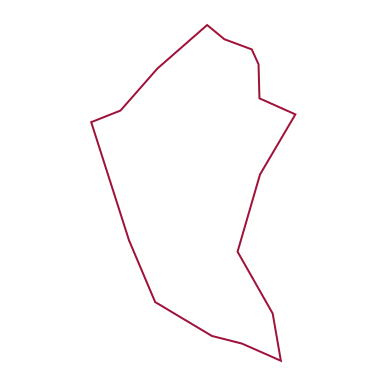 Oldham, Natural Earth projection, rotated 271°
{"feature_id": "GBR-5681", "entity_name": "Oldham", "entity_type": "Metropolitan Borough", "adm_level": 1, "iso_a3": "GBR", "parent_name": "United Kingdom", "parent_adm1": "", "projection": "natural_earth1", "projection_center": [-2.045, 53.542], "detail": "fine", "context": "isolated", "style": "outline", "palette": "rose", "viewbox_px": 384, "rotation_deg": 271, "n_neighbors": 0, "source": "natural_earth", "source_scale": "10m", "svg_char_len": 375}
<svg xmlns="http://www.w3.org/2000/svg" viewBox="0 0 384 384"><g transform="rotate(271 192 192)"><path d="M48.4,214.4L81.3,157.1L142.5,129.9L260.1,90.0L272.2,119.1L314.9,155.3L359.2,204.2L345.3,221.7L335.6,249.3L320.8,256.3L286.8,257.8L271.4,294.0L210.7,259.7L133.1,238.6L71.9,274.8L24.8,283.8L41.3,244.6L48.4,214.4Z" fill="none" stroke="#9f1239" stroke-width="2"/></g></svg>